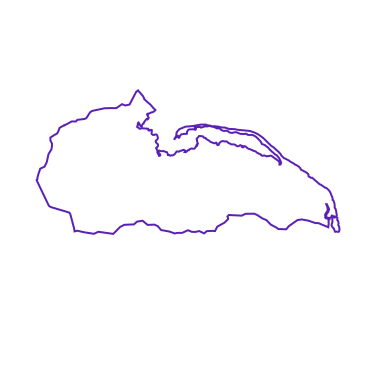 Utwe, Kosrae, Federated States of Micronesia, rotated 200°
{"feature_id": "79324940B42296922872793", "entity_name": "Utwe", "entity_type": "district", "adm_level": 2, "iso_a3": "FSM", "parent_name": "Federated States of Micronesia", "parent_adm1": "Kosrae", "projection": "orthographic", "projection_center": [162.945, 5.291], "detail": "fine", "context": "isolated", "style": "outline", "palette": "violet", "viewbox_px": 384, "rotation_deg": 200, "n_neighbors": 0, "source": "geoboundaries", "source_scale": "gbopen_adm2", "svg_char_len": 6059}
<svg xmlns="http://www.w3.org/2000/svg" viewBox="0 0 384 384"><g transform="rotate(200 192 192)"><path d="M288.9,114.8L286.5,116.4L279.9,117.2L269.8,119.2L266.4,122.6L251.7,125.7L247.5,134.7L244.4,138.0L235.5,141.7L233.6,145.3L228.6,148.1L222.5,145.9L216.1,148.5L212.5,148.2L208.0,145.7L199.7,147.1L194.2,147.1L191.9,148.5L187.2,150.3L182.7,154.7L178.6,154.5L175.2,155.6L171.8,157.8L166.5,157.2L164.7,160.3L159.6,162.4L157.0,163.2L156.4,168.1L150.9,174.4L148.8,178.9L148.9,179.4L150.3,181.1L149.5,183.0L137.1,186.8L134.3,189.8L126.1,192.9L122.9,192.7L117.1,191.3L112.3,191.0L106.8,188.3L100.3,187.4L98.3,186.7L90.7,189.2L89.3,193.1L83.2,201.8L79.6,203.7L72.7,204.9L65.4,205.0L62.7,206.0L51.9,205.5L52.8,209.2L54.1,212.3L53.6,213.0L54.7,213.4L57.4,213.1L58.2,213.7L58.3,214.4L59.1,215.9L59.1,217.0L58.1,221.4L58.5,221.8L59.3,223.6L61.7,226.5L61.2,226.7L57.8,223.4L57.7,222.9L57.2,222.6L57.2,219.5L57.7,218.1L58.0,216.2L57.1,214.3L55.8,214.2L54.1,214.6L53.5,215.0L53.0,215.1L52.2,216.2L52.7,217.0L52.4,217.8L51.9,217.8L51.3,217.3L50.2,217.8L49.4,217.8L49.0,217.4L49.1,216.8L50.8,216.6L51.1,215.9L50.7,214.0L49.7,211.7L49.7,209.4L49.4,208.3L47.3,206.5L46.3,206.3L44.1,203.6L43.5,203.7L42.2,204.4L41.0,204.5L40.4,205.0L40.3,206.1L40.9,207.9L41.8,209.6L43.3,211.1L43.5,212.6L44.1,213.7L45.1,214.9L46.0,215.4L46.5,217.4L47.5,217.8L48.2,220.1L50.5,224.1L51.3,225.2L51.7,225.3L52.8,226.5L53.3,228.2L54.6,230.5L56.3,232.5L57.2,232.7L57.4,233.5L58.3,235.0L60.1,236.8L60.8,237.8L62.8,239.7L64.7,240.8L67.3,241.8L68.4,241.6L73.4,242.9L74.6,242.9L84.0,246.5L85.1,246.0L85.9,246.3L87.3,246.4L88.1,246.9L88.4,248.1L89.5,248.9L91.5,249.5L97.3,250.3L98.7,251.6L100.1,252.3L103.2,253.0L104.5,253.0L105.4,253.4L109.3,254.0L112.1,254.8L117.5,255.4L120.5,256.8L121.5,257.8L124.1,259.2L131.0,262.0L132.8,262.3L135.0,263.2L141.9,266.4L144.1,267.3L149.1,268.7L152.7,269.2L158.3,269.2L171.1,265.9L172.8,265.8L173.9,265.5L178.9,263.9L183.1,263.8L186.7,262.7L189.7,262.4L193.6,261.5L194.7,260.8L198.1,260.5L200.9,259.9L202.0,260.1L206.7,258.4L213.9,254.2L220.4,251.2L225.4,246.7L226.5,243.9L226.7,242.5L226.7,241.6L226.1,240.2L226.1,238.6L226.6,236.3L226.6,235.8L226.4,235.8L226.0,237.5L225.0,238.4L225.5,239.2L225.5,239.6L224.4,240.0L223.0,238.4L222.8,238.4L222.5,238.9L222.5,240.8L222.1,242.0L221.4,242.7L219.4,243.9L217.5,244.5L216.7,245.1L217.2,246.5L217.2,247.6L216.6,249.3L216.1,249.8L212.0,251.5L210.1,251.6L209.8,252.6L210.1,253.1L211.1,252.9L211.4,253.2L211.1,253.9L206.7,255.9L206.0,255.9L205.5,255.6L202.2,258.2L200.6,258.6L199.5,259.2L198.6,259.9L197.0,260.2L195.6,260.2L194.7,260.5L191.5,260.5L191.1,260.3L190.3,260.3L188.3,261.1L187.0,261.0L185.7,260.2L183.3,260.2L182.2,260.5L181.7,261.0L179.3,261.6L177.6,260.8L176.3,260.8L174.4,261.3L171.9,263.0L170.4,263.3L166.4,263.2L163.3,264.1L161.1,265.3L160.4,265.3L159.7,264.8L158.6,264.9L155.1,266.2L153.0,266.2L151.3,265.9L149.1,265.1L144.7,262.9L142.7,261.0L139.7,261.0L137.4,260.2L136.4,260.1L132.6,258.0L131.9,257.9L130.7,257.2L129.1,256.8L127.3,255.8L125.7,255.7L124.7,255.4L123.7,254.7L122.2,254.0L119.1,251.2L119.0,250.8L118.2,249.9L118.2,248.7L118.5,247.9L118.7,247.7L119.3,247.7L119.4,249.0L120.8,250.4L121.9,250.9L124.9,251.8L125.9,251.9L126.6,252.3L128.4,252.7L129.6,253.2L130.5,253.1L132.4,251.8L133.2,251.7L134.1,251.0L136.6,251.1L138.2,250.1L139.3,250.1L139.7,250.6L141.0,250.9L143.0,250.9L143.5,251.2L144.6,251.2L146.1,251.9L148.8,251.7L149.4,252.0L154.4,252.0L157.2,253.1L158.5,253.0L158.8,252.8L158.9,251.7L159.4,251.4L160.7,251.5L160.8,252.5L162.7,252.5L163.8,251.1L164.9,250.5L165.8,250.5L167.2,251.1L168.8,251.1L171.1,250.3L171.9,250.2L172.4,250.5L174.4,250.5L176.4,251.3L177.2,251.3L178.8,250.6L180.5,250.4L181.3,249.9L182.1,249.1L183.0,247.4L183.1,245.4L183.8,244.9L184.3,244.9L185.2,245.8L185.3,246.2L185.8,246.6L186.3,246.5L187.2,245.5L187.5,245.4L191.6,245.4L193.9,246.2L196.6,246.6L197.0,247.0L197.8,247.4L199.1,247.1L199.9,247.4L200.3,247.9L202.2,247.8L203.0,247.4L203.9,247.3L204.7,246.8L204.8,245.7L205.5,244.5L205.8,243.4L205.0,242.5L204.9,241.8L203.0,239.5L203.1,238.9L203.8,238.4L203.8,238.1L203.1,237.8L203.1,237.0L204.1,236.1L203.9,235.3L204.4,233.9L204.9,233.3L207.7,232.5L209.1,231.1L209.2,230.2L209.9,229.9L210.4,229.4L210.8,228.3L211.6,227.2L212.7,227.0L212.5,228.5L214.1,228.8L215.2,228.2L216.0,227.2L217.2,226.6L218.0,225.5L218.8,225.2L219.9,225.1L220.4,224.6L220.8,222.9L221.6,220.9L223.0,219.6L223.8,219.5L224.6,218.8L225.2,218.7L226.0,219.0L226.9,218.5L227.4,218.5L228.0,219.7L229.4,220.9L230.5,220.6L231.9,220.8L233.3,220.6L234.7,219.8L236.9,219.7L237.2,219.2L237.1,217.9L236.5,217.3L235.5,216.9L234.4,215.9L234.7,215.0L235.5,214.7L235.9,215.4L238.0,217.2L238.9,219.5L239.4,219.7L240.1,220.7L240.6,220.8L240.8,221.2L239.7,223.1L239.9,224.4L240.4,225.2L242.5,226.1L243.3,226.8L243.6,227.4L242.5,229.9L242.5,231.0L243.5,232.7L244.4,233.5L244.9,233.8L245.6,233.8L246.1,233.6L247.2,232.6L248.1,232.3L249.5,232.6L250.1,233.3L250.5,235.3L250.8,236.1L251.1,236.5L251.7,236.4L253.2,235.0L254.1,235.1L254.2,236.0L254.9,236.4L260.9,234.8L262.5,233.6L263.2,233.6L264.5,234.2L265.6,234.2L266.0,235.1L265.7,236.2L266.4,237.9L266.1,239.0L265.5,238.8L263.4,236.7L262.3,236.2L261.7,236.2L261.6,237.2L261.8,238.2L261.4,239.5L260.9,239.8L260.9,241.3L259.8,244.8L259.3,245.4L258.5,245.1L258.1,246.0L258.2,247.2L259.3,247.9L259.6,248.7L260.7,249.3L260.7,250.2L260.2,250.6L259.5,250.7L257.5,252.8L255.9,253.8L254.5,256.1L254.4,256.5L255.4,257.1L256.9,257.6L260.9,259.9L264.3,261.1L268.8,263.0L268.9,263.5L270.7,265.2L274.8,267.6L276.8,268.5L277.5,269.0L278.7,267.0L280.6,252.8L284.3,250.5L287.8,250.6L291.8,244.9L296.4,243.3L302.8,240.8L313.6,234.0L315.0,232.1L316.6,225.1L318.3,223.7L324.4,220.6L325.2,218.6L329.1,217.2L334.8,210.8L335.0,211.0L338.3,207.1L338.5,201.8L339.1,200.4L340.5,198.9L343.7,194.7L342.6,191.9L340.1,189.6L339.3,187.2L338.7,183.9L339.8,178.5L338.7,170.7L339.2,165.4L342.6,162.0L342.4,155.4L342.1,152.2L341.6,151.1L342.1,150.0L322.1,130.4L321.3,129.9L320.4,129.7L318.8,129.6L300.4,130.7L298.8,129.6L290.1,117.1L288.9,114.8Z" fill="none" stroke="#5b21b6" stroke-width="2"/></g></svg>